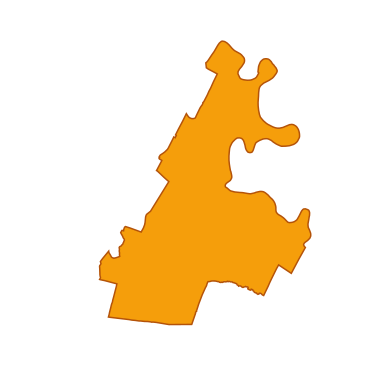 Romanesti, Botosani, Romania (orthographic projection), rotated 335°
{"feature_id": "2599482B29124151289433", "entity_name": "Romanesti", "entity_type": "district", "adm_level": 2, "iso_a3": "ROU", "parent_name": "Romania", "parent_adm1": "Botosani", "projection": "orthographic", "projection_center": [27.238, 47.723], "detail": "fine", "context": "isolated", "style": "filled", "palette": "amber", "viewbox_px": 384, "rotation_deg": 335, "n_neighbors": 0, "source": "geoboundaries", "source_scale": "gbopen_adm2", "svg_char_len": 6084}
<svg xmlns="http://www.w3.org/2000/svg" viewBox="0 0 384 384"><g transform="rotate(335 192 192)"><path d="M271.3,290.2L270.8,288.7L270.8,287.2L271.1,286.6L271.9,285.9L273.2,285.4L276.3,284.8L279.2,283.7L280.8,282.3L281.3,281.5L281.7,280.6L282.1,279.5L282.4,276.1L282.4,274.7L282.4,273.2L283.1,271.1L283.7,269.8L286.6,265.7L287.5,264.3L288.6,262.9L289.8,260.6L290.0,259.8L290.1,258.9L290.1,258.0L289.6,257.1L287.7,255.2L286.1,254.6L285.1,254.7L283.2,255.6L279.1,258.9L276.3,260.9L275.1,261.6L273.7,261.9L272.2,262.1L270.8,262.0L269.2,261.6L267.5,261.0L266.8,260.5L266.1,259.9L265.5,258.3L264.5,255.3L263.9,253.9L262.4,251.2L261.4,249.9L260.3,248.0L259.9,246.1L260.0,245.0L260.4,243.8L261.5,241.4L261.9,240.1L262.3,237.4L262.3,236.1L262.2,235.4L262.2,234.8L261.8,232.9L260.5,229.7L259.6,226.7L258.1,223.7L257.3,222.5L256.4,221.6L255.1,220.8L253.8,220.2L249.8,219.3L248.6,219.3L247.1,219.0L244.1,218.3L242.0,217.0L237.5,213.9L234.9,212.5L230.7,210.0L227.7,207.5L227.1,206.8L226.7,206.0L225.5,203.2L224.5,201.6L224.6,200.7L225.1,199.8L225.7,199.2L227.4,198.5L231.6,197.7L233.5,196.4L234.4,195.3L235.0,193.6L235.8,190.1L235.9,188.7L236.7,185.7L237.7,182.3L238.9,178.9L240.7,175.0L242.5,171.8L244.3,168.8L244.8,168.1L246.0,166.8L247.6,165.5L248.7,164.6L250.3,163.7L253.6,162.5L255.4,162.2L256.3,162.3L257.9,163.0L259.1,163.9L259.8,164.8L260.2,166.1L260.4,167.1L260.3,168.7L259.8,172.0L259.1,174.8L259.0,175.7L259.0,177.5L259.6,179.6L260.8,180.6L261.7,181.0L262.6,181.2L263.6,181.1L265.3,179.8L269.1,175.7L270.7,174.4L272.7,174.0L275.3,173.8L278.7,174.0L280.5,174.5L282.4,175.3L283.6,176.2L285.7,178.8L286.7,181.0L288.5,183.9L289.6,185.3L291.6,187.6L292.5,188.4L296.2,190.0L298.2,190.7L300.1,191.3L304.1,191.8L305.4,191.7L306.6,191.5L308.2,191.0L309.3,190.4L312.1,188.2L312.8,187.4L313.6,185.7L314.2,184.0L314.6,182.2L314.8,180.2L314.6,178.4L314.4,177.2L313.9,176.0L312.6,174.1L312.0,173.6L311.0,172.9L308.8,172.2L301.6,171.9L298.2,171.1L296.5,170.3L294.9,169.2L293.4,167.8L292.1,166.3L289.3,162.7L288.4,161.2L286.8,157.6L286.0,154.7L285.6,153.0L285.9,150.2L286.9,146.1L288.3,142.0L289.0,140.4L289.8,138.6L292.7,133.4L294.4,130.1L296.2,127.2L297.3,125.9L298.7,124.9L299.6,124.5L303.0,123.6L309.2,123.4L313.0,122.8L314.6,122.2L317.8,120.5L319.3,119.5L320.1,118.7L320.5,117.9L320.6,116.9L320.6,115.1L319.9,112.4L319.9,111.8L319.1,109.6L318.9,107.4L318.0,104.8L317.3,103.8L316.1,102.9L315.0,102.3L313.2,101.8L312.2,101.9L310.7,102.3L309.2,102.9L307.8,104.0L306.3,105.4L305.3,106.5L302.5,111.1L302.7,111.8L302.8,112.2L302.1,112.9L299.9,114.5L298.8,115.2L297.4,115.6L294.4,115.6L292.8,115.4L291.5,115.0L289.2,114.0L287.0,112.6L285.9,111.8L284.4,110.5L284.0,109.7L283.6,108.8L283.6,104.3L284.7,102.3L287.2,100.6L290.1,99.3L293.7,97.0L294.7,95.9L295.3,94.8L295.6,93.9L295.8,92.9L295.7,91.8L294.8,88.6L294.0,87.0L293.0,85.6L290.6,82.3L289.8,80.8L289.0,78.7L287.8,74.4L286.8,71.9L286.3,71.1L285.2,69.5L284.6,69.0L284.0,68.6L283.6,68.3L283.0,68.0L282.2,67.9L279.7,68.6L277.4,69.9L271.4,74.1L267.7,76.2L263.8,78.6L262.0,79.7L260.3,80.5L259.1,80.8L257.5,85.5L257.9,86.1L258.6,87.4L262.8,92.9L264.8,95.7L258.1,101.1L252.8,105.7L250.0,107.8L246.8,110.6L240.9,115.1L239.6,115.6L239.5,116.1L238.8,116.7L238.1,117.3L236.4,118.2L234.7,119.3L228.1,124.7L226.4,126.2L225.6,126.3L224.0,126.0L222.6,125.2L221.7,124.3L220.9,123.2L220.6,122.2L220.3,120.9L220.0,118.6L213.4,123.9L206.1,129.4L201.2,133.3L201.7,133.9L201.7,134.1L199.7,135.7L198.8,134.4L196.0,136.7L189.0,142.2L187.7,143.0L184.0,144.3L183.8,144.3L182.4,144.6L178.9,145.1L177.3,146.1L176.9,146.5L177.2,146.8L177.2,147.0L176.3,147.8L176.5,148.4L176.9,149.0L178.0,150.6L177.5,151.1L168.9,157.6L169.4,158.2L172.7,166.6L174.6,171.1L175.4,172.8L146.3,191.9L141.4,193.1L140.6,193.7L139.4,195.0L136.6,199.8L135.1,201.8L132.7,204.1L129.0,206.8L120.8,198.6L117.1,195.2L116.1,195.4L115.8,195.6L114.4,197.0L113.6,198.2L112.4,197.2L111.6,197.6L110.2,198.7L110.2,200.0L110.3,201.0L110.4,202.7L110.3,204.6L110.6,205.7L110.6,206.2L110.5,206.7L110.4,207.1L109.5,207.8L108.8,208.6L108.3,208.9L107.6,209.6L107.2,210.0L105.9,210.4L105.1,210.9L103.4,211.0L102.8,211.3L102.5,211.6L102.0,213.3L101.2,214.6L100.9,215.4L100.6,216.6L99.7,218.3L99.3,219.8L98.5,219.8L95.6,219.5L93.8,219.2L93.5,218.9L93.1,219.0L91.7,217.4L91.5,216.9L91.4,214.7L91.1,212.2L91.3,211.0L91.5,210.4L82.9,214.5L79.6,216.3L79.2,218.5L78.3,219.2L77.2,219.8L76.9,220.2L76.6,220.8L76.3,221.7L74.5,226.0L73.6,228.0L73.1,229.7L73.0,230.6L72.7,231.2L72.3,231.5L71.3,232.2L71.8,232.7L75.4,235.4L85.1,243.5L83.3,245.9L82.3,247.1L76.8,253.8L74.5,256.5L73.3,258.2L72.0,259.4L71.1,260.4L69.4,262.6L66.5,266.1L65.2,267.9L63.4,270.0L64.4,270.7L81.0,281.0L83.4,282.7L86.3,284.4L89.5,286.5L91.1,287.3L94.2,289.2L97.2,290.7L97.8,291.1L99.3,292.0L100.4,292.9L101.7,293.4L104.5,295.1L115.1,302.4L135.8,311.9L143.8,303.6L144.4,302.6L145.0,302.2L145.7,302.1L145.8,301.7L150.8,296.3L157.8,289.5L163.6,284.5L165.6,283.0L166.4,282.0L167.4,281.0L168.6,280.0L170.3,280.7L171.9,280.9L173.8,281.6L174.4,282.1L174.9,282.1L176.9,283.6L177.3,284.0L178.1,284.4L178.9,285.5L179.6,286.0L180.3,286.3L180.9,286.3L181.6,286.9L182.6,286.8L183.0,286.8L184.6,287.7L185.4,287.9L186.3,287.8L186.6,288.4L186.9,288.6L187.3,288.5L188.0,288.8L188.4,289.1L188.9,289.7L190.3,290.4L190.5,290.6L190.9,291.5L191.2,291.7L191.7,291.8L192.2,292.5L192.7,293.0L193.0,293.4L193.3,293.6L193.7,294.0L193.7,295.3L194.5,296.3L194.5,296.6L194.4,296.9L194.4,297.0L194.9,297.0L196.1,297.5L196.7,298.2L197.1,299.3L197.8,300.0L198.2,300.1L199.1,300.0L199.9,300.3L200.6,300.2L201.1,300.9L201.6,301.1L202.4,301.6L202.5,301.9L202.4,302.7L201.9,302.9L201.7,303.3L201.7,303.5L201.9,304.0L202.9,305.0L203.1,305.4L203.6,305.7L204.4,305.7L204.6,305.6L204.7,305.2L204.9,305.3L205.1,305.6L205.7,306.2L205.6,307.3L206.1,308.1L206.1,309.0L206.2,309.3L207.2,310.5L207.8,310.8L207.8,311.0L207.8,311.5L208.3,312.2L208.5,312.6L209.1,312.6L209.4,312.8L209.9,312.3L210.6,312.3L211.0,312.5L211.7,313.3L212.3,315.0L213.2,316.1L221.3,309.5L224.1,307.0L227.5,304.2L236.2,297.2L239.7,294.7L247.6,307.7L260.2,298.2L271.3,290.2Z" fill="#f59e0b" stroke="#b45309" stroke-width="1.5"/></g></svg>